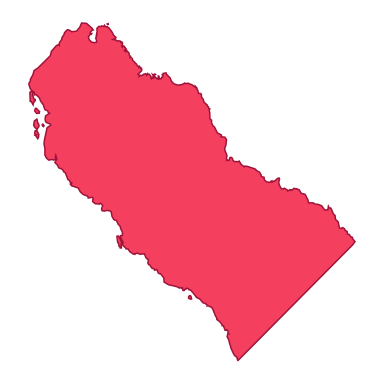 North West Choiseul, Choiseul, Solomon Islands (Equal Earth projection)
{"feature_id": "97153195B88202120204491", "entity_name": "North West Choiseul", "entity_type": "district", "adm_level": 2, "iso_a3": "SLB", "parent_name": "Solomon Islands", "parent_adm1": "Choiseul", "projection": "equal_earth", "projection_center": [156.555, -6.774], "detail": "fine", "context": "isolated", "style": "filled", "palette": "rose", "viewbox_px": 384, "rotation_deg": 0, "n_neighbors": 0, "source": "geoboundaries", "source_scale": "gbopen_adm2", "svg_char_len": 5803}
<svg xmlns="http://www.w3.org/2000/svg" viewBox="0 0 384 384"><path d="M237.5,361.0L352.6,244.9L355.0,241.7L352.3,238.2L352.5,237.4L350.6,236.6L349.3,234.5L347.3,233.9L347.2,231.6L344.9,230.1L344.6,228.8L342.7,227.6L340.9,228.5L339.4,227.8L338.2,221.9L335.9,219.8L335.3,218.4L335.1,215.5L333.5,214.2L330.9,208.1L329.2,207.9L328.4,206.3L327.8,210.0L324.6,209.9L321.6,205.7L317.5,204.2L315.2,204.2L313.3,202.9L308.6,202.8L307.9,199.9L305.1,194.3L301.2,193.3L299.2,189.8L296.7,188.8L293.7,188.4L292.4,189.9L291.0,189.7L290.8,190.3L289.8,189.7L287.8,191.0L287.1,189.8L284.3,188.2L283.4,189.0L281.3,188.7L279.2,184.8L278.7,182.2L279.6,179.0L279.1,178.0L277.7,178.3L274.2,181.4L272.8,181.1L273.1,181.5L271.8,182.2L270.9,181.3L269.9,182.4L266.5,181.8L264.2,179.6L264.1,177.3L261.5,176.6L261.1,174.8L259.5,172.1L257.2,171.0L255.0,168.9L247.0,166.3L244.5,166.2L244.2,166.8L241.2,164.4L239.2,161.1L238.3,161.7L234.2,161.5L233.1,160.6L232.3,158.2L231.1,157.3L229.9,157.6L229.0,160.4L227.3,160.4L227.6,160.2L226.3,158.6L227.0,155.5L224.7,149.7L225.0,147.3L225.9,145.3L226.5,139.5L224.9,137.2L221.0,136.7L221.5,135.5L221.2,134.8L217.4,132.9L214.4,126.9L213.2,126.2L211.5,122.8L211.6,120.2L209.9,118.8L209.8,113.0L209.2,110.2L209.8,108.9L208.6,108.4L208.6,107.1L207.3,105.9L207.2,105.0L204.1,102.3L203.2,99.3L201.4,96.8L201.4,94.4L200.6,93.5L198.6,93.3L197.5,89.6L195.7,87.5L192.1,84.8L187.9,83.2L185.9,83.7L184.9,83.0L182.0,84.5L178.3,85.2L174.0,83.9L171.4,81.2L170.2,78.0L166.6,74.4L166.1,72.9L163.2,73.4L163.0,74.6L162.3,74.6L163.0,76.2L162.3,77.3L161.7,77.3L161.0,78.9L159.6,78.4L158.7,79.4L157.3,78.9L154.9,76.7L154.0,76.9L153.7,78.1L152.9,77.7L151.7,78.7L151.9,77.4L151.0,77.9L150.7,75.9L149.0,74.1L148.1,74.3L147.7,73.6L146.5,75.3L145.8,73.7L143.2,74.4L142.7,75.3L140.8,75.7L140.1,75.2L139.2,76.1L139.3,75.3L138.0,74.3L141.4,71.0L141.8,69.6L141.5,68.3L140.8,68.4L140.5,67.3L139.7,67.5L139.3,66.5L138.9,67.1L138.8,66.2L137.7,66.2L136.2,63.7L135.2,63.4L135.0,62.5L132.6,60.3L132.4,58.6L130.7,57.5L130.7,56.8L130.0,57.2L130.2,56.3L129.3,55.1L128.9,52.8L127.3,51.2L126.3,51.4L126.8,50.8L126.5,49.9L125.5,50.4L125.9,49.5L125.0,49.8L125.8,48.8L125.3,47.6L124.5,47.3L124.4,46.3L122.9,45.8L122.3,47.1L121.6,45.8L122.6,43.8L122.3,42.3L121.3,41.8L120.9,42.3L120.6,41.3L119.6,40.9L116.6,40.9L116.1,40.1L113.0,39.5L115.5,38.4L116.0,37.4L113.8,35.5L112.0,32.0L109.0,28.0L107.2,26.7L105.5,26.7L104.5,25.2L103.6,26.4L101.6,25.9L100.7,26.6L98.9,26.4L96.9,28.4L97.1,31.7L96.6,33.4L97.0,35.0L96.2,35.3L96.3,36.7L95.7,38.1L96.6,40.6L96.4,42.3L94.4,42.6L91.7,42.2L89.2,39.7L88.4,36.9L90.1,34.4L91.2,34.4L91.6,33.7L90.6,33.9L90.1,33.1L90.4,32.5L92.1,30.1L93.2,30.0L92.0,28.2L86.6,23.4L81.6,23.0L79.8,27.2L76.5,31.2L71.6,31.7L69.5,30.2L67.4,29.7L64.5,32.6L64.1,34.4L62.0,37.6L61.7,39.5L59.4,42.7L59.2,45.3L58.6,44.6L56.4,45.6L51.4,51.3L50.3,55.7L38.0,67.9L34.1,70.5L32.9,74.8L30.4,79.2L30.3,81.4L29.0,82.9L29.0,84.8L30.2,88.5L31.2,90.1L34.5,92.6L34.4,94.9L36.1,94.7L39.3,97.7L40.6,101.1L43.1,104.5L44.9,109.6L47.7,110.9L48.3,112.6L49.6,113.2L45.5,116.0L45.1,119.1L45.5,121.5L46.5,122.6L50.4,124.1L50.8,125.1L47.1,127.7L44.4,140.1L44.0,144.0L44.9,148.5L44.9,155.0L46.5,158.2L48.7,160.1L51.9,159.5L53.9,160.1L55.1,159.4L55.7,157.9L55.4,155.9L55.7,155.1L56.8,159.0L54.9,162.5L57.6,165.3L58.6,167.7L62.7,169.6L63.7,171.8L65.3,172.8L68.0,179.7L69.1,180.0L70.8,183.2L71.3,182.7L71.8,183.0L71.4,184.2L70.5,184.3L71.6,185.8L78.2,188.0L80.3,191.9L83.2,194.5L87.2,196.0L88.2,197.1L88.2,198.0L92.4,197.3L93.3,198.5L92.7,199.8L92.7,201.6L95.2,203.7L99.4,204.1L100.7,203.2L102.7,205.6L101.5,209.1L102.1,210.8L105.1,211.0L106.7,210.4L109.6,210.8L111.1,211.7L112.0,216.3L113.4,219.0L114.4,220.0L116.4,220.3L118.0,224.0L120.2,226.4L120.6,228.5L122.2,231.8L122.5,234.4L122.1,235.7L120.6,235.6L120.5,237.5L122.7,241.6L123.0,242.8L122.6,244.7L123.1,245.8L125.3,247.5L126.1,248.9L127.9,248.8L129.8,251.7L133.1,254.0L134.9,254.4L135.2,253.6L137.7,253.2L139.6,254.2L144.4,253.9L146.0,257.8L146.9,258.8L148.0,258.9L148.2,261.6L147.8,263.0L148.7,264.7L149.7,264.9L151.8,268.1L154.1,269.0L154.7,270.2L156.8,269.5L158.2,272.9L159.2,273.7L160.5,273.7L163.8,278.0L164.1,282.1L168.4,284.7L176.9,286.7L179.5,288.1L180.9,287.6L182.2,288.6L182.5,288.2L182.7,290.0L183.2,290.5L184.2,290.5L184.7,289.4L185.8,289.3L186.4,288.3L188.2,288.5L188.9,289.8L190.4,289.9L193.3,293.1L196.6,297.5L199.9,299.1L203.0,302.8L205.3,303.5L207.2,305.1L207.1,305.9L207.7,305.6L211.5,307.3L212.8,309.1L215.4,315.8L216.9,318.2L216.8,319.5L219.6,321.5L222.0,324.6L222.2,325.8L223.4,325.8L225.1,330.3L226.4,330.4L226.8,329.8L228.2,331.2L227.9,333.1L228.7,333.7L227.8,333.8L227.1,336.7L228.5,339.3L231.1,348.5L233.4,353.4L234.6,355.6L237.1,357.3L237.1,358.9L238.0,360.0L237.5,361.0ZM35.3,100.6L35.2,99.5L34.2,99.6L32.6,95.0L32.7,93.4L33.5,92.4L31.7,91.2L29.9,92.3L30.2,101.4L31.2,101.5L33.1,104.8L33.5,102.7L35.3,100.6ZM39.0,126.3L38.8,124.4L37.9,123.1L36.9,119.1L34.3,121.0L33.7,125.3L34.8,127.3L37.0,129.4L39.0,126.3ZM121.7,242.4L119.2,236.8L118.1,235.9L116.9,236.3L117.6,242.1L119.0,244.7L118.9,246.1L119.6,246.5L120.2,248.0L121.4,247.9L121.1,244.1L121.7,242.4ZM38.8,134.4L36.8,130.3L35.1,130.9L34.8,132.4L34.8,134.0L35.4,134.6L35.1,135.1L35.9,135.0L35.5,135.4L37.8,138.7L38.6,136.9L38.8,134.4ZM39.2,113.2L39.6,111.7L36.3,108.3L35.3,108.5L34.7,111.0L36.6,113.4L39.2,113.2ZM191.6,298.8L190.8,296.0L189.6,295.6L188.7,296.6L188.5,297.9L189.0,298.6L190.9,299.2L191.6,298.8ZM44.1,125.8L42.9,124.1L42.2,124.6L42.5,125.8L43.4,126.6L44.1,125.8ZM159.2,77.8L159.0,76.3L158.3,76.0L158.1,78.1L159.2,77.8ZM154.1,75.8L153.3,74.2L153.3,75.0L152.7,74.6L153.4,76.0L154.1,75.8ZM108.3,24.3L108.1,23.6L107.2,24.0L107.6,24.6L108.3,24.3ZM197.0,88.7L196.9,88.0L195.6,86.6L195.7,87.2L197.0,88.7ZM155.6,74.6L154.9,74.0L154.3,74.3L154.8,75.0L155.6,74.6Z" fill="#f43f5e" stroke="#9f1239" stroke-width="1.5"/></svg>